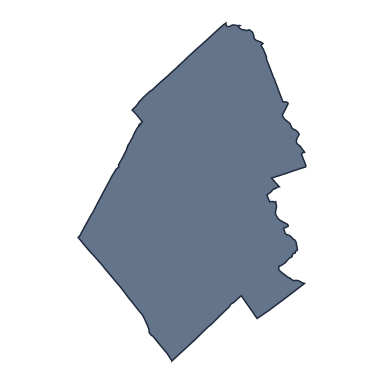 the district of Stefan Cel Mare, Arges, Romania
{"feature_id": "2599482B99877909755934", "entity_name": "Stefan Cel Mare", "entity_type": "district", "adm_level": 2, "iso_a3": "ROU", "parent_name": "Romania", "parent_adm1": "Arges", "projection": "equal_earth", "projection_center": [25.249, 44.468], "detail": "fine", "context": "isolated", "style": "filled", "palette": "slate", "viewbox_px": 384, "rotation_deg": 0, "n_neighbors": 0, "source": "geoboundaries", "source_scale": "gbopen_adm2", "svg_char_len": 5304}
<svg xmlns="http://www.w3.org/2000/svg" viewBox="0 0 384 384"><path d="M240.1,25.6L239.7,25.4L238.0,25.7L234.2,25.0L233.2,24.9L231.9,25.2L229.3,26.6L227.6,26.6L226.4,25.8L226.0,24.4L226.0,23.7L226.0,23.0L224.4,24.1L223.2,25.1L220.5,27.3L213.5,33.7L206.5,40.2L195.5,50.0L189.3,55.7L184.9,59.9L184.4,60.4L184.4,60.5L180.5,64.0L178.3,66.0L178.5,66.1L178.0,66.5L177.1,67.4L174.5,69.6L170.9,72.9L170.7,73.1L170.0,73.7L168.1,75.6L167.5,76.1L167.3,76.3L164.8,78.4L164.1,79.1L162.4,80.5L161.3,81.4L160.0,82.6L158.4,84.1L158.1,84.4L155.5,86.8L154.4,87.8L154.0,88.3L152.8,89.3L151.9,90.2L151.3,90.5L150.1,91.1L148.9,92.2L148.4,92.7L146.2,94.7L144.0,96.7L143.2,97.5L142.4,98.4L141.1,99.8L139.6,101.3L139.3,101.6L138.9,102.1L138.6,102.6L137.3,104.7L136.6,105.3L136.3,105.9L135.1,107.1L134.1,108.0L132.7,109.4L132.2,110.2L132.5,110.3L135.8,113.9L136.2,114.2L137.4,115.7L138.3,116.9L139.1,117.8L140.7,119.9L142.4,121.8L140.8,123.2L139.1,124.7L139.0,125.0L139.4,125.0L139.9,125.1L139.6,125.3L139.0,126.0L138.9,126.1L138.5,126.4L137.7,127.5L137.3,128.0L136.2,129.8L134.7,132.6L133.7,134.5L133.3,135.5L133.0,136.6L132.7,137.1L132.3,138.1L132.1,138.4L131.9,138.7L131.2,139.7L129.6,142.8L128.8,144.1L128.5,144.6L127.8,145.4L127.8,145.5L127.6,146.8L127.3,147.1L127.1,147.5L127.0,147.8L126.8,148.5L126.8,149.0L126.7,149.3L125.8,151.1L124.8,153.1L123.7,155.3L122.9,157.0L122.3,158.1L121.6,159.3L121.1,160.4L120.4,161.4L119.4,163.2L118.8,164.3L118.7,164.5L118.4,165.2L118.8,166.2L118.8,166.9L118.5,167.2L118.2,167.5L117.8,167.8L116.9,168.5L116.3,169.0L112.2,175.6L105.6,188.0L99.0,200.4L95.7,206.7L92.5,213.1L92.2,213.5L91.9,213.8L91.0,215.1L89.7,217.6L88.3,220.1L85.9,224.4L84.6,226.7L83.3,229.2L81.9,231.8L79.9,235.6L78.6,237.0L78.3,237.3L78.1,237.5L79.4,239.0L80.6,240.3L81.9,242.0L83.3,243.8L84.7,245.4L86.3,247.3L88.9,250.4L90.5,252.1L91.6,253.4L92.0,253.9L92.6,254.3L92.8,254.5L94.3,256.3L96.4,258.6L97.4,259.7L98.4,260.9L99.2,261.8L100.0,262.7L101.4,264.3L102.8,266.0L104.3,267.7L104.3,268.0L108.3,272.7L121.1,287.9L122.6,289.8L123.4,291.0L124.6,292.5L126.7,295.4L128.4,297.6L130.5,300.2L132.2,302.2L134.4,305.1L136.1,307.2L137.9,309.5L139.3,311.3L139.6,311.6L140.0,312.1L140.8,312.9L141.4,313.6L141.8,314.1L142.3,314.8L143.6,317.1L146.7,323.7L147.8,326.4L148.4,327.8L149.0,329.7L149.0,331.2L149.3,332.7L151.3,335.4L152.6,335.9L153.8,337.3L158.2,342.8L167.3,353.7L171.9,360.9L171.9,361.0L177.7,355.6L194.6,340.1L208.1,326.9L210.8,324.8L212.9,322.8L216.4,319.2L216.5,319.2L220.9,314.8L229.4,306.7L230.7,304.3L231.8,303.6L233.5,302.6L234.8,301.6L237.3,299.0L241.2,295.7L241.3,295.8L246.5,303.3L252.9,312.4L255.8,316.7L257.1,318.5L269.0,310.4L280.2,302.0L281.5,301.1L304.5,283.5L303.2,283.0L302.1,282.7L301.5,282.3L299.2,281.0L297.0,280.4L294.5,280.4L293.5,280.7L292.7,280.2L289.9,278.1L287.2,276.9L287.0,276.6L286.4,275.9L284.4,274.5L282.8,273.4L280.2,271.2L279.2,270.1L278.8,269.2L278.6,268.1L278.9,267.4L279.1,267.1L279.1,266.1L279.7,266.1L280.7,265.7L282.5,264.7L284.6,263.1L285.6,262.6L285.8,262.0L288.7,258.8L289.5,258.0L289.9,257.8L291.5,257.2L291.9,256.9L292.2,256.4L292.2,255.2L292.8,254.1L293.5,253.6L295.1,253.0L295.3,252.6L295.1,251.9L295.7,251.3L296.2,250.9L296.9,250.7L297.2,250.4L297.5,249.3L297.1,248.5L297.0,247.0L296.9,245.9L296.4,245.4L296.4,244.9L296.5,243.4L295.7,241.4L294.7,239.9L293.3,239.1L292.4,238.3L292.1,237.9L291.6,237.2L289.9,235.8L287.8,234.8L286.4,234.5L285.2,233.3L284.7,231.6L284.1,230.1L283.7,228.5L284.2,227.9L285.2,227.7L286.1,227.4L286.8,226.9L287.5,226.4L288.2,226.3L288.1,225.1L287.3,224.2L285.7,223.3L283.9,222.5L283.1,222.3L282.7,221.6L281.3,221.0L279.6,219.9L278.0,218.4L276.8,216.4L275.3,213.6L275.6,211.6L276.0,209.5L276.2,208.5L276.5,207.2L276.5,205.9L276.0,203.8L275.8,201.8L275.4,201.6L275.1,202.0L274.4,202.2L273.7,201.7L272.9,201.5L271.9,201.5L271.1,201.5L269.8,202.0L268.8,199.7L267.9,197.6L267.4,196.0L266.9,195.2L267.5,194.6L269.8,192.8L271.6,191.4L271.8,190.8L272.4,190.1L274.2,188.6L274.9,188.8L277.7,187.0L279.3,186.8L271.6,178.1L287.3,173.0L289.8,172.1L290.0,172.1L290.8,171.7L294.3,170.6L300.9,168.4L305.5,167.0L305.9,166.4L305.9,165.7L305.1,163.3L303.9,160.4L303.3,159.0L303.0,158.3L301.4,153.8L302.3,153.1L303.2,152.6L304.6,152.4L304.4,151.8L302.9,150.0L300.7,146.9L300.3,146.3L297.7,144.3L296.7,143.2L296.4,141.5L296.4,140.4L296.8,139.3L297.0,138.3L297.6,137.3L298.6,135.5L299.2,134.3L299.1,134.0L298.6,133.2L298.0,132.5L297.0,131.2L295.3,130.0L293.4,129.2L292.1,128.1L291.2,126.4L290.6,125.0L289.9,123.4L288.5,122.3L286.8,120.9L284.5,119.0L283.2,117.1L282.5,115.3L282.5,114.5L283.3,113.2L285.6,108.9L287.8,104.5L288.1,103.4L288.0,103.0L287.3,102.4L286.0,101.9L283.0,101.9L282.4,100.5L281.2,97.2L281.0,96.8L277.5,87.7L277.3,86.7L276.0,83.7L274.2,78.7L272.9,76.4L272.8,75.8L272.6,75.0L271.7,72.7L270.8,70.3L269.3,66.3L267.5,61.9L266.9,60.3L266.3,57.6L266.5,57.1L266.3,56.6L265.5,54.4L264.6,52.2L263.9,50.9L263.7,50.1L263.5,49.3L262.8,48.4L261.6,46.6L261.2,45.7L261.4,45.0L263.0,43.4L262.4,43.0L261.1,42.4L260.6,41.9L258.2,41.1L256.4,40.5L254.8,39.1L254.1,38.1L253.8,37.1L254.0,36.5L253.6,35.4L253.2,33.8L252.6,32.6L251.9,31.7L250.1,30.3L249.6,30.0L249.2,29.9L248.8,29.8L247.8,30.1L246.5,30.7L245.2,30.0L243.7,29.8L242.6,29.9L241.2,29.2L239.7,28.3L239.1,27.9L238.5,26.9L238.7,26.6L239.1,26.0L240.1,25.6Z" fill="#64748b" stroke="#1e293b" stroke-width="1.5"/></svg>